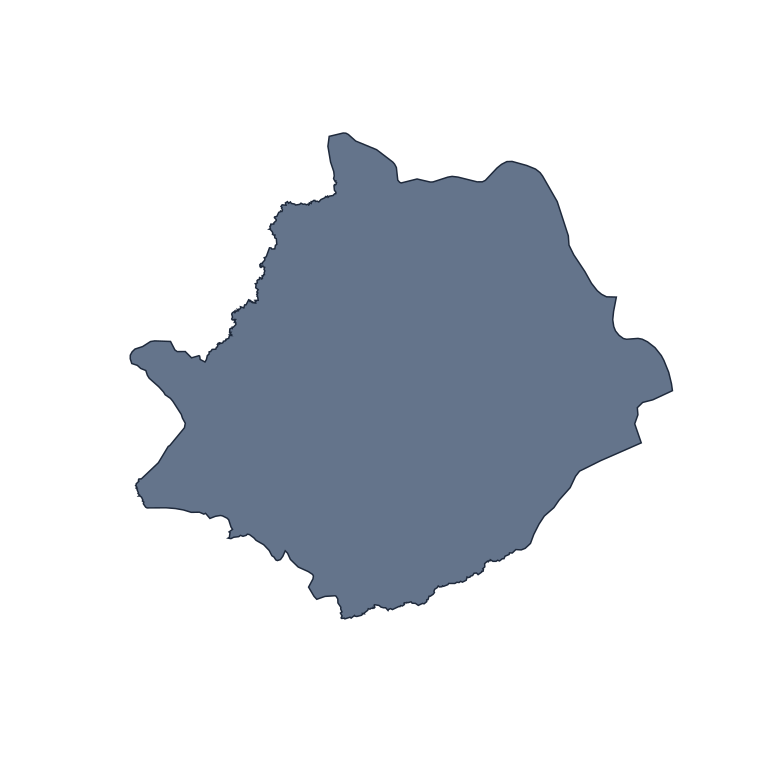 Nong Kung Si, Kalasin, Thailand, rotated 317°
{"feature_id": "78962969B61513284826640", "entity_name": "Nong Kung Si", "entity_type": "district", "adm_level": 2, "iso_a3": "THA", "parent_name": "Thailand", "parent_adm1": "Kalasin", "projection": "albers", "projection_center": [103.282, 16.731], "detail": "fine", "context": "isolated", "style": "filled", "palette": "slate", "viewbox_px": 768, "rotation_deg": 317, "n_neighbors": 0, "source": "geoboundaries", "source_scale": "gbopen_adm2", "svg_char_len": 6171}
<svg xmlns="http://www.w3.org/2000/svg" viewBox="0 0 768 768"><g transform="rotate(317 384 384)"><path d="M467.6,581.1L490.4,587.9L532.0,602.5L540.2,584.1L548.7,579.7L553.1,574.1L560.6,573.9L569.8,578.9L590.4,585.6L594.4,579.9L600.2,569.6L604.8,557.6L606.2,552.3L607.0,542.2L605.5,532.9L603.4,527.3L600.9,523.9L591.9,516.7L590.1,514.0L589.1,508.7L589.5,503.1L591.2,498.7L595.1,493.0L601.4,487.5L613.2,478.9L606.2,472.0L604.3,466.8L603.6,461.2L604.4,451.9L607.6,438.8L610.9,418.9L614.0,408.6L619.9,401.3L635.1,368.7L641.8,340.1L642.3,335.8L641.4,330.1L637.4,321.5L629.5,308.6L625.5,305.1L619.8,303.5L614.0,303.1L597.0,304.2L593.8,303.2L590.0,299.7L579.2,283.1L575.4,278.6L571.7,276.2L557.6,269.6L555.6,267.9L548.0,256.6L533.7,248.7L533.0,247.2L533.1,244.3L540.7,234.1L541.7,230.4L541.8,227.7L538.4,207.6L529.0,187.0L528.1,177.2L527.2,174.6L525.3,172.6L512.8,165.5L505.1,171.9L496.3,185.2L492.1,194.4L489.5,197.9L487.2,199.4L486.5,201.9L487.2,202.5L486.3,203.0L486.7,204.3L485.0,205.3L483.8,204.4L483.3,205.2L482.6,204.9L479.9,208.4L479.6,211.0L478.5,211.9L477.5,211.2L475.3,211.4L472.1,209.3L470.5,209.3L470.9,208.1L469.2,207.9L469.1,207.1L467.6,207.4L463.7,206.1L460.5,206.4L459.8,204.7L458.3,203.7L458.7,202.6L457.8,201.8L455.9,201.7L455.1,200.9L453.9,202.3L453.0,200.6L451.6,201.8L450.9,201.6L451.2,200.7L449.4,199.9L448.9,198.4L447.4,197.4L446.6,195.1L444.8,195.1L441.3,192.7L441.4,191.5L439.4,188.8L439.7,187.0L437.5,186.7L437.8,184.8L435.4,184.3L434.3,186.4L431.7,183.5L429.7,183.9L429.8,185.3L428.9,185.6L428.6,187.3L427.5,188.1L426.9,188.2L426.3,186.9L425.4,187.3L424.1,186.7L420.0,188.3L417.9,187.2L417.3,187.6L417.3,190.3L416.6,191.0L413.5,191.0L412.5,191.8L410.2,189.9L409.0,191.0L408.1,190.8L406.9,192.8L405.6,192.5L406.2,193.3L406.1,196.4L405.5,198.0L404.6,198.3L404.8,199.7L405.8,200.7L404.4,201.7L403.8,202.8L404.4,204.2L400.8,208.8L399.2,208.5L396.3,210.7L394.0,208.8L394.2,207.4L393.1,206.3L384.7,210.6L382.4,210.0L382.5,211.0L381.2,212.1L377.6,212.4L377.1,213.1L376.1,211.9L374.6,212.1L374.6,213.1L373.9,212.9L373.3,214.0L373.5,214.9L374.1,214.9L373.9,214.1L375.8,215.1L375.4,215.6L376.3,217.3L374.5,218.2L374.0,220.0L372.1,221.0L371.2,222.4L370.5,221.9L369.5,222.6L368.7,221.7L367.0,224.0L366.0,223.6L366.5,223.1L365.6,221.3L364.0,222.5L362.5,221.7L361.5,221.9L360.3,223.7L358.2,222.9L358.2,224.1L355.8,226.1L356.3,229.2L353.7,230.0L353.8,231.4L352.1,231.6L352.1,232.7L351.0,233.1L351.0,234.2L349.1,237.0L346.7,234.9L346.5,236.4L345.7,236.1L345.3,237.2L343.4,234.9L344.0,234.3L343.1,234.0L343.3,232.2L342.3,232.3L342.3,231.5L343.1,231.6L342.5,230.1L337.2,232.0L336.0,231.1L333.4,232.7L331.7,229.6L330.8,230.8L329.2,230.8L328.7,230.2L327.7,231.0L327.5,229.7L326.9,230.7L325.6,230.1L325.7,229.4L324.2,230.0L324.3,229.1L323.5,229.6L323.5,228.8L321.7,228.5L320.3,229.0L318.8,231.8L316.9,232.6L316.8,233.7L317.7,234.1L317.8,235.0L318.8,234.9L319.3,235.5L318.4,235.5L318.4,236.0L316.9,236.7L317.6,237.0L317.0,237.6L317.4,238.0L316.2,239.5L312.5,239.7L311.8,238.9L310.9,239.9L310.4,239.0L308.8,238.6L306.4,240.8L307.2,241.7L306.0,241.7L306.1,243.8L304.8,242.9L305.1,244.1L304.1,243.1L301.5,244.7L298.8,243.5L298.6,244.1L297.3,244.2L295.7,243.2L294.5,243.9L293.1,243.6L292.1,242.1L291.8,242.7L291.0,242.5L291.4,241.7L290.7,241.1L289.3,241.4L289.6,241.8L287.5,243.2L286.4,242.9L284.7,243.8L281.9,241.5L279.3,242.0L278.1,241.2L276.4,242.8L274.2,242.7L270.8,245.0L268.1,245.8L266.3,240.7L268.2,237.9L268.0,237.1L261.1,233.6L260.8,224.7L254.9,219.3L254.3,216.5L256.9,207.3L245.7,196.1L242.2,193.7L233.0,192.0L225.7,188.6L221.7,188.7L218.1,189.9L215.6,192.5L213.5,197.0L216.3,202.1L216.7,206.8L219.0,211.7L216.9,216.2L216.2,219.7L217.4,232.4L217.3,239.6L216.6,242.6L218.0,248.8L217.8,252.6L215.0,268.0L213.3,271.6L211.9,277.2L208.2,279.9L185.5,282.9L183.6,282.5L165.3,287.7L141.9,287.9L139.9,286.3L138.8,286.8L138.4,287.9L134.7,288.0L134.0,288.8L133.1,288.8L132.9,291.0L131.7,291.0L132.0,292.7L131.3,292.9L130.2,296.0L129.4,296.3L129.5,298.6L128.2,298.6L129.0,299.3L129.5,301.3L128.5,304.4L127.5,304.8L127.8,306.5L126.3,307.5L125.7,311.5L126.2,313.0L140.2,325.9L146.5,332.8L151.4,339.3L155.5,346.4L161.6,351.9L163.5,356.3L165.3,356.9L165.0,363.6L170.5,365.8L174.7,368.6L175.9,370.2L177.7,375.0L177.8,377.4L174.6,384.2L174.1,387.0L169.8,386.5L170.0,387.7L166.3,390.7L164.9,390.4L166.6,392.7L169.6,393.6L173.7,396.6L175.8,396.8L177.0,399.2L180.0,400.7L181.6,400.6L182.9,402.3L183.9,407.8L183.8,411.1L186.4,419.4L186.5,427.5L184.9,433.1L185.5,435.6L184.9,438.9L185.6,440.4L188.5,441.8L192.6,441.0L198.0,438.6L198.1,441.9L195.9,448.5L196.4,459.3L200.7,469.6L201.9,474.6L201.4,476.3L199.1,478.1L190.3,481.1L188.0,491.6L188.0,495.6L196.0,499.1L203.8,505.5L204.2,506.5L203.6,509.7L201.0,512.7L200.2,517.8L198.9,519.0L197.8,522.0L195.9,521.8L195.2,525.0L193.1,525.8L193.1,526.5L195.3,528.3L195.2,529.1L200.1,531.4L200.3,532.8L204.6,533.2L204.4,534.0L205.6,535.5L209.8,537.8L211.4,537.8L211.7,537.1L213.0,538.7L213.3,538.0L217.7,538.4L219.3,537.6L220.2,539.1L221.6,539.2L222.8,540.5L223.7,540.0L223.9,541.1L225.0,541.1L226.0,539.0L226.7,539.1L229.4,542.7L229.6,545.0L231.0,547.3L232.6,548.8L232.5,552.4L233.5,552.0L235.6,552.7L236.3,554.7L243.2,556.9L243.8,557.7L245.0,557.4L246.1,558.9L248.5,559.2L249.1,557.9L250.2,558.2L250.8,559.3L251.8,559.3L252.2,560.2L255.2,561.7L255.1,563.5L257.4,565.9L258.1,569.3L262.5,570.7L263.4,572.1L266.8,572.3L268.2,571.0L269.2,571.7L272.2,569.9L273.2,570.8L276.5,571.3L278.7,570.9L279.2,569.6L281.1,568.7L284.0,569.2L285.9,568.7L286.2,570.3L288.1,571.8L289.1,571.5L289.6,572.6L293.8,574.3L295.3,574.0L299.8,578.2L302.1,578.7L303.5,580.4L305.5,580.6L306.2,582.4L310.3,583.6L313.1,581.8L313.4,582.9L315.3,583.9L316.1,583.5L318.2,584.5L320.8,583.8L322.8,585.4L322.8,587.6L327.2,588.2L327.7,587.7L328.8,588.5L330.2,587.5L330.2,586.5L333.0,586.5L335.1,584.0L338.8,584.1L338.9,585.1L340.3,584.8L340.9,585.6L341.9,585.0L342.7,587.9L345.0,590.1L346.9,590.4L347.8,592.2L351.4,592.5L352.6,593.6L355.1,592.5L359.2,594.0L360.6,593.1L362.6,595.1L367.5,595.0L371.2,598.9L375.2,600.5L382.4,600.5L390.9,596.2L401.8,592.2L411.2,589.9L423.9,590.3L433.0,588.3L449.4,586.8L461.2,582.1L467.6,581.1Z" fill="#64748b" stroke="#1e293b" stroke-width="1.5"/></g></svg>